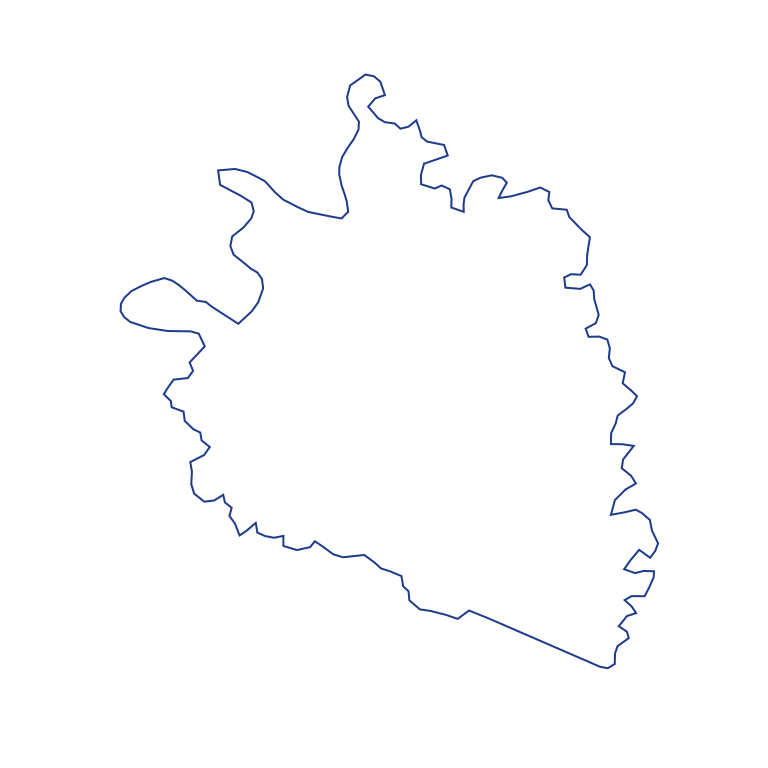 outline of Borrazópolis, Paraná, Brazil, rotated 83°
{"feature_id": "56859067B75650491699958", "entity_name": "Borrazópolis", "entity_type": "district", "adm_level": 2, "iso_a3": "BRA", "parent_name": "Brazil", "parent_adm1": "Paraná", "projection": "natural_earth1", "projection_center": [-51.611, -23.953], "detail": "fine", "context": "isolated", "style": "outline", "palette": "blue", "viewbox_px": 768, "rotation_deg": 83, "n_neighbors": 0, "source": "geoboundaries", "source_scale": "gbopen_adm2", "svg_char_len": 2953}
<svg xmlns="http://www.w3.org/2000/svg" viewBox="0 0 768 768"><g transform="rotate(83 384 384)"><path d="M582.7,135.1L575.6,131.4L562.0,135.9L551.3,136.7L543.5,143.7L539.4,149.4L540.7,160.9L541.5,174.7L527.4,169.0L518.2,157.2L513.4,146.1L505.2,149.9L496.6,158.3L488.1,155.9L475.9,143.7L472.8,154.8L471.3,166.1L460.4,164.5L451.3,158.8L443.8,155.9L438.2,146.2L433.6,139.2L427.0,134.3L420.9,139.2L412.4,147.0L401.7,143.4L394.2,155.1L385.6,157.7L376.1,155.5L367.1,156.9L363.2,164.5L362.1,175.2L353.6,177.1L349.4,166.3L341.6,162.5L325.2,165.0L316.7,164.5L310.2,167.4L313.5,177.6L310.5,192.2L300.3,192.2L297.8,185.1L299.5,175.5L290.8,168.2L280.8,166.6L272.9,164.5L263.5,161.7L254.8,169.2L240.9,179.7L233.3,181.4L230.2,195.6L221.7,198.5L213.6,196.5L208.0,205.0L210.8,218.2L213.2,235.2L213.4,247.5L207.1,243.5L199.2,237.6L193.8,241.4L190.0,251.6L191.0,263.1L193.5,270.7L208.8,281.4L215.2,283.1L222.8,283.9L217.0,295.7L208.4,294.4L198.8,294.9L194.0,302.6L196.2,309.6L190.3,322.8L180.9,321.8L170.2,317.4L165.0,292.9L154.1,295.2L148.7,311.6L143.6,316.6L137.1,317.4L126.2,319.8L131.6,328.4L132.6,336.6L126.8,341.6L124.2,351.3L119.4,357.5L106.8,365.9L99.4,357.8L97.4,347.9L83.5,350.8L77.3,356.5L74.6,364.8L78.9,372.5L83.5,381.2L94.8,385.7L103.7,385.2L120.6,376.9L128.4,378.3L137.5,384.4L145.3,391.4L153.7,397.9L163.4,401.9L170.5,402.9L181.8,401.9L190.7,400.0L198.6,398.7L208.8,398.6L214.5,406.0L211.2,416.7L204.0,438.2L197.9,448.1L188.7,461.6L180.7,468.6L168.5,477.2L163.7,483.7L156.9,493.9L152.4,505.7L151.8,522.6L166.4,522.4L179.7,503.2L187.7,493.4L196.6,492.2L203.4,495.5L211.5,504.4L219.1,516.7L228.5,519.7L237.4,517.5L247.7,507.3L253.1,502.4L258.0,496.0L265.1,492.3L274.4,492.3L287.6,498.9L295.8,506.5L306.5,521.3L296.9,532.8L286.0,545.8L280.9,550.8L278.4,559.7L267.9,568.8L260.7,575.6L255.5,581.8L252.1,589.1L254.2,602.7L257.0,612.4L261.0,623.4L266.8,631.2L272.3,635.3L279.7,636.6L286.0,633.7L291.5,628.3L299.7,611.1L305.1,592.0L308.2,569.4L311.5,561.7L324.8,557.3L338.9,574.3L347.7,571.9L354.2,578.0L354.0,592.3L360.8,598.5L367.3,603.8L375.0,597.6L381.2,597.6L387.0,586.3L396.3,586.3L405.5,578.9L409.8,572.3L417.8,571.9L425.3,564.6L432.5,571.1L437.9,585.8L447.4,585.3L460.0,587.5L469.7,585.8L478.9,576.7L478.9,566.7L474.4,557.1L482.2,556.3L488.3,550.3L496.2,553.5L504.2,549.0L516.7,545.8L512.9,538.3L506.2,528.2L516.1,527.8L520.5,520.4L523.2,511.9L522.5,502.4L532.5,503.6L538.2,490.6L536.9,477.2L531.7,471.8L538.4,464.0L546.9,455.1L551.0,445.7L551.3,424.4L559.8,415.4L566.7,409.4L570.7,400.8L576.8,390.1L587.2,389.6L592.7,384.9L601.8,385.2L612.1,375.8L614.8,365.9L620.4,351.3L626.1,339.5L619.2,327.2L629.4,308.8L690.9,204.2L693.4,196.5L690.0,189.1L679.5,187.5L672.6,184.1L666.0,172.0L659.5,173.1L653.0,180.5L643.9,171.1L642.1,161.7L635.0,165.3L627.8,171.5L624.7,164.1L626.4,151.2L619.2,146.2L609.0,140.0L602.8,138.8L601.2,148.9L602.3,157.7L597.1,168.2L589.3,161.2L579.7,151.0L588.9,141.0L582.7,135.1Z" fill="none" stroke="#1e3a8a" stroke-width="2"/></g></svg>